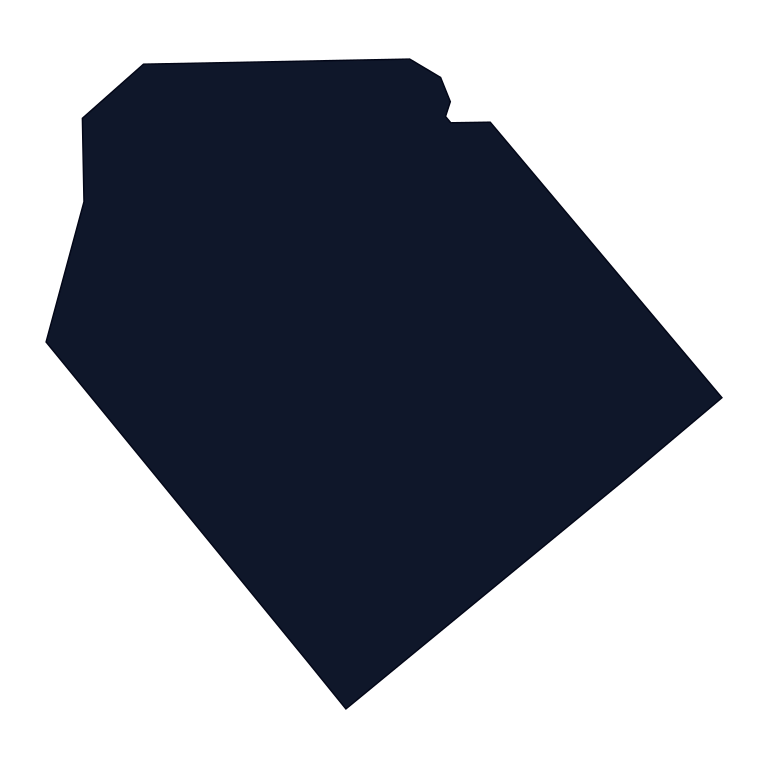 Lavaca, Texas, United States of America (Albers equal-area conic projection)
{"feature_id": "52423323B4330471688052", "entity_name": "Lavaca", "entity_type": "district", "adm_level": 2, "iso_a3": "USA", "parent_name": "United States of America", "parent_adm1": "Texas", "projection": "albers", "projection_center": [-96.939, 29.348], "detail": "fine", "context": "isolated", "style": "filled", "palette": "ink", "viewbox_px": 768, "rotation_deg": 0, "n_neighbors": 0, "source": "geoboundaries", "source_scale": "gbopen_adm2", "svg_char_len": 305}
<svg xmlns="http://www.w3.org/2000/svg" viewBox="0 0 768 768"><path d="M143.5,64.2L82.4,118.3L84.0,201.7L46.1,342.0L308.2,662.3L345.9,708.9L624.7,479.6L721.9,397.7L490.2,122.2L450.8,122.8L445.5,116.5L450.3,101.7L440.6,77.5L409.7,59.1L143.5,64.2Z" fill="#0f172a" stroke="#020617" stroke-width="1.5"/></svg>